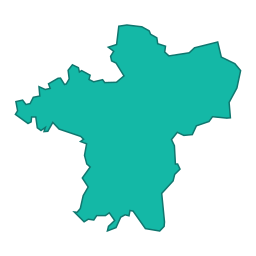 Petrovets, Skopje, North Macedonia (Natural Earth projection)
{"feature_id": "65306769B87468718843329", "entity_name": "Petrovets", "entity_type": "district", "adm_level": 2, "iso_a3": "MKD", "parent_name": "North Macedonia", "parent_adm1": "Skopje", "projection": "natural_earth1", "projection_center": [21.679, 41.91], "detail": "fine", "context": "isolated", "style": "filled", "palette": "teal", "viewbox_px": 256, "rotation_deg": 0, "n_neighbors": 0, "source": "geoboundaries", "source_scale": "gbopen_adm2", "svg_char_len": 1389}
<svg xmlns="http://www.w3.org/2000/svg" viewBox="0 0 256 256"><path d="M226.8,118.1L230.4,117.8L229.1,102.4L236.9,88.0L240.6,70.6L234.9,63.7L221.3,57.1L217.7,42.0L194.5,47.8L189.2,52.8L168.9,55.9L164.7,52.0L165.5,46.2L157.7,43.7L156.8,37.8L150.6,34.3L149.2,30.9L141.9,26.8L126.9,25.0L118.8,26.2L116.6,44.5L108.3,47.2L113.7,51.3L110.6,56.3L111.6,60.9L116.1,63.1L124.0,75.9L116.4,82.3L104.7,82.6L102.6,79.7L93.7,81.8L89.0,79.5L90.1,75.2L81.6,70.6L79.4,72.0L78.4,67.7L72.4,64.8L68.1,70.3L69.2,78.9L66.3,83.9L64.5,84.5L60.5,78.1L58.0,78.3L48.5,83.8L50.2,88.4L45.2,89.5L39.0,86.7L39.8,96.0L33.3,97.3L30.1,103.6L25.9,104.5L22.6,100.1L15.9,101.6L17.6,110.8L15.4,114.4L28.0,123.5L31.1,121.9L31.6,117.0L35.8,117.0L37.3,127.8L41.0,130.5L45.3,127.5L44.0,131.6L47.8,131.3L52.8,122.4L59.1,129.1L80.7,136.4L83.6,139.2L80.5,141.5L86.6,143.8L84.5,155.4L86.8,164.0L90.2,167.0L82.3,178.0L88.2,187.0L83.2,195.6L80.3,208.5L77.1,212.3L74.3,212.0L84.1,221.8L88.3,219.2L93.8,220.0L96.7,215.6L105.4,215.6L109.3,212.8L114.7,220.5L108.5,226.3L107.4,230.9L116.0,227.6L120.7,217.2L125.1,214.8L129.0,215.8L130.0,210.5L133.1,211.1L145.4,228.6L159.7,231.0L164.1,226.4L164.5,222.0L161.7,193.4L173.1,180.9L174.7,174.4L180.0,169.1L177.6,164.0L175.4,164.0L174.4,145.7L171.5,139.6L177.3,132.3L183.8,135.4L192.3,134.6L196.4,125.8L209.0,121.5L212.5,116.7L226.8,118.1Z" fill="#14b8a6" stroke="#0f766e" stroke-width="1.5"/></svg>